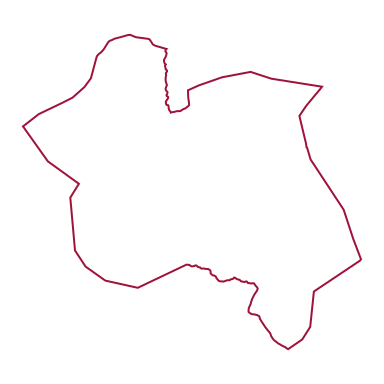 the district of Bayanchandmani, Töv, Mongolia
{"feature_id": "93677404B83020582148290", "entity_name": "Bayanchandmani", "entity_type": "district", "adm_level": 2, "iso_a3": "MNG", "parent_name": "Mongolia", "parent_adm1": "Töv", "projection": "robinson", "projection_center": [106.239, 48.215], "detail": "fine", "context": "isolated", "style": "outline", "palette": "rose", "viewbox_px": 384, "rotation_deg": 0, "n_neighbors": 0, "source": "geoboundaries", "source_scale": "gbopen_adm2", "svg_char_len": 3158}
<svg xmlns="http://www.w3.org/2000/svg" viewBox="0 0 384 384"><path d="M322.0,86.7L271.4,78.7L250.6,71.9L222.0,77.3L198.8,85.4L188.0,90.3L188.2,96.6L188.4,98.7L188.7,100.9L189.0,102.7L189.1,105.0L188.6,105.7L187.5,106.7L186.6,107.3L185.4,108.4L184.3,108.7L182.5,109.6L181.5,110.3L180.5,111.0L179.7,111.1L178.5,111.2L177.2,111.1L175.8,111.5L173.7,112.0L172.0,112.2L170.8,112.6L170.5,111.7L169.2,110.0L168.6,108.2L168.7,106.9L168.5,106.0L168.1,105.2L167.0,105.1L166.3,104.5L165.9,103.5L165.9,102.5L165.9,101.7L166.3,100.8L167.3,99.4L168.2,97.9L168.1,96.9L167.4,96.3L166.8,96.1L166.5,95.3L166.7,94.5L167.3,93.5L167.5,92.6L167.3,91.7L166.4,90.9L165.9,90.2L165.6,88.9L165.9,87.6L166.5,86.2L166.9,85.2L166.7,84.2L166.2,83.0L165.7,80.9L165.6,79.0L165.7,77.3L165.9,76.2L166.2,75.2L165.9,74.1L165.9,73.1L166.2,72.6L167.0,71.6L167.0,70.7L166.5,69.9L165.7,69.4L165.7,68.6L165.3,67.3L165.0,66.2L165.1,65.5L165.5,65.0L165.9,64.5L165.7,64.2L165.2,64.0L164.8,63.7L164.5,62.9L164.0,61.3L164.0,59.9L164.6,58.7L165.4,57.4L166.0,56.0L166.3,55.0L166.6,53.6L166.3,52.4L165.9,52.0L165.4,51.3L165.5,50.4L165.8,49.7L166.5,49.0L155.2,45.7L152.8,44.4L151.4,42.1L149.6,39.4L147.9,38.8L135.9,37.2L130.1,34.8L127.8,35.1L120.7,37.1L114.5,38.7L111.8,40.1L110.0,40.7L108.4,41.9L106.2,45.4L104.4,48.3L103.4,49.8L101.1,52.3L98.6,54.2L96.9,56.2L96.1,58.9L90.9,78.3L84.5,87.0L72.6,97.6L62.6,102.7L38.8,114.1L23.0,126.4L47.9,161.4L78.9,183.8L70.3,197.6L75.0,250.5L85.6,266.6L105.3,280.6L137.8,287.8L185.5,265.1L186.7,264.6L188.3,264.9L189.3,264.9L190.3,265.6L190.9,266.1L192.1,266.4L193.0,266.3L193.7,266.1L194.3,266.0L195.2,265.5L196.2,265.4L197.1,266.1L197.6,266.7L198.2,267.0L199.2,267.3L200.0,267.4L200.5,268.0L201.2,268.5L201.7,268.5L201.9,268.6L203.1,268.5L204.1,268.6L205.9,268.9L207.2,269.0L208.1,269.0L209.5,269.8L210.4,270.6L210.6,272.2L210.7,273.6L211.5,274.3L212.8,275.3L214.1,275.6L215.0,276.0L215.9,276.7L216.5,278.2L217.4,279.2L218.2,280.3L219.3,281.1L220.8,281.4L222.3,281.4L223.5,281.6L225.4,280.9L227.1,280.3L228.5,280.2L229.8,280.2L230.7,279.3L232.2,279.1L233.3,278.6L234.1,277.6L234.8,277.6L235.4,278.1L236.0,278.5L237.1,279.2L238.1,279.5L239.0,279.6L240.0,280.2L240.8,281.2L241.4,281.4L242.3,281.5L243.4,281.8L244.4,282.1L245.2,281.7L246.1,281.4L247.0,281.7L247.8,282.9L249.1,283.1L250.4,283.3L251.6,283.5L252.8,283.2L254.0,283.4L254.6,284.2L255.4,285.5L256.4,286.5L257.3,287.6L257.7,288.5L257.3,289.8L256.9,291.0L255.9,292.2L254.0,295.2L252.0,299.3L250.9,302.9L250.6,304.1L248.8,308.1L248.5,310.7L248.6,312.0L250.2,313.3L251.7,314.1L254.8,314.5L257.1,315.1L259.1,316.1L259.4,316.8L260.1,319.1L261.7,321.7L265.2,327.0L266.5,328.7L268.7,331.5L269.6,332.4L270.4,333.8L271.3,336.4L273.2,339.2L274.3,340.4L275.3,341.1L276.9,342.4L278.6,343.7L279.9,344.3L281.2,345.2L281.8,345.5L282.5,345.9L283.3,346.2L284.2,346.7L285.2,347.1L286.0,347.8L287.0,348.5L288.1,349.2L302.3,339.4L310.2,326.9L313.9,291.5L360.2,260.5L360.2,260.4L360.7,259.6L361.0,259.3L356.3,246.9L353.2,238.8L343.7,209.8L333.1,193.7L330.5,189.7L310.6,159.5L307.1,147.7L306.6,147.5L305.9,143.0L301.9,126.4L299.4,115.9L306.1,106.0L314.7,95.6L319.6,89.8L322.0,86.7Z" fill="none" stroke="#9f1239" stroke-width="2"/></svg>